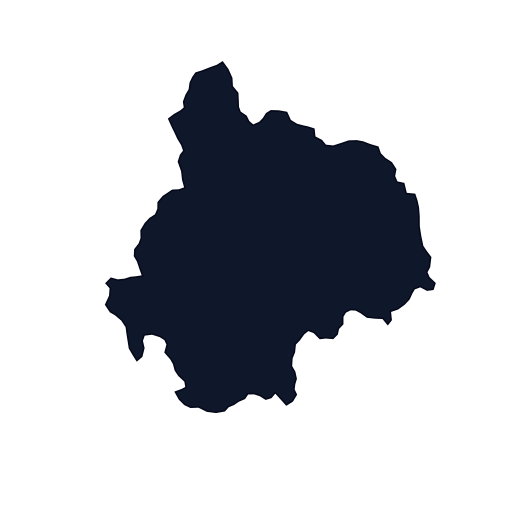 Descoberto, Minas Gerais, Brazil, rotated 308°
{"feature_id": "56859067B24625670932477", "entity_name": "Descoberto", "entity_type": "district", "adm_level": 2, "iso_a3": "BRA", "parent_name": "Brazil", "parent_adm1": "Minas Gerais", "projection": "robinson", "projection_center": [-42.969, -21.446], "detail": "fine", "context": "isolated", "style": "filled", "palette": "ink", "viewbox_px": 512, "rotation_deg": 308, "n_neighbors": 0, "source": "geoboundaries", "source_scale": "gbopen_adm2", "svg_char_len": 2407}
<svg xmlns="http://www.w3.org/2000/svg" viewBox="0 0 512 512"><g transform="rotate(308 256 256)"><path d="M310.4,102.8L306.3,110.6L303.8,115.8L300.7,121.8L297.9,129.1L294.5,134.4L289.1,134.4L282.6,136.8L277.2,145.3L271.0,151.3L266.0,158.1L260.6,154.7L256.3,149.7L250.8,147.9L245.8,146.2L238.0,145.9L232.7,149.9L226.6,151.5L220.3,149.3L213.5,148.7L205.4,149.7L199.3,154.7L193.8,156.5L186.6,156.5L181.2,160.3L179.0,165.9L174.9,172.1L170.5,179.0L165.9,174.7L161.7,170.3L156.7,166.9L151.9,161.9L149.2,155.5L142.2,154.7L141.1,160.9L134.6,165.3L125.1,167.5L122.4,175.6L123.2,181.2L122.9,189.6L120.3,197.4L115.4,202.4L109.8,208.4L105.4,213.1L102.4,220.7L100.3,226.5L106.5,227.8L114.4,224.3L119.1,218.5L124.9,216.5L130.6,222.1L133.5,229.9L134.1,235.7L131.6,240.5L124.1,243.7L122.5,252.2L120.3,257.5L116.3,262.8L114.3,268.8L113.6,277.2L109.4,281.8L104.8,279.7L99.2,276.2L96.0,283.8L95.1,291.2L96.5,297.5L101.7,303.7L103.6,312.9L108.2,320.7L114.6,326.5L120.3,326.9L125.2,329.7L130.8,331.5L136.7,334.7L142.4,334.3L146.5,339.4L148.6,345.3L149.2,351.8L153.8,355.0L160.3,355.2L158.8,364.0L157.4,371.6L164.1,374.0L171.6,373.1L174.1,368.1L178.7,365.3L184.0,363.2L188.5,357.8L190.9,351.8L197.6,347.2L203.9,345.4L210.6,341.2L216.6,341.8L223.9,341.5L229.6,342.8L231.5,348.8L230.4,357.2L234.4,361.2L238.5,367.4L244.4,368.1L249.5,365.6L255.8,366.2L261.7,361.6L266.9,361.0L271.9,363.4L275.0,367.8L276.0,373.5L276.3,381.2L280.3,387.7L285.0,394.3L283.3,401.9L288.8,401.9L295.0,395.9L301.7,400.3L309.5,402.5L316.3,403.1L322.5,401.6L327.6,400.9L333.1,404.3L334.5,411.9L338.7,416.0L344.7,413.8L345.5,405.6L348.3,400.5L354.2,399.4L362.5,394.4L364.2,387.9L366.4,381.2L373.0,373.4L379.8,366.2L388.0,359.7L394.2,354.0L398.5,348.8L402.3,343.1L397.7,335.9L404.1,327.8L401.0,321.5L404.1,315.9L410.3,312.7L412.9,305.3L412.2,297.5L413.1,290.9L416.9,285.0L413.9,277.4L411.7,270.2L408.8,264.6L403.7,258.4L397.4,254.3L390.1,249.3L386.0,242.7L387.4,236.5L386.0,229.0L391.7,223.5L389.6,217.8L387.2,212.8L384.8,207.2L383.9,199.6L388.0,191.8L384.2,184.6L379.6,178.4L374.7,176.6L368.8,177.2L363.4,176.6L357.2,173.2L357.5,167.5L360.1,162.1L359.6,154.9L362.5,150.3L368.0,145.7L373.1,141.3L375.0,132.8L381.2,127.4L385.6,119.1L388.2,110.2L382.3,108.1L375.8,104.0L368.5,99.7L363.2,96.0L358.2,96.2L352.1,97.5L346.1,101.0L339.9,101.8L333.0,104.0L328.8,108.4L323.9,107.4L317.1,104.6L310.4,102.8Z" fill="#0f172a" stroke="#020617" stroke-width="1.5"/></g></svg>